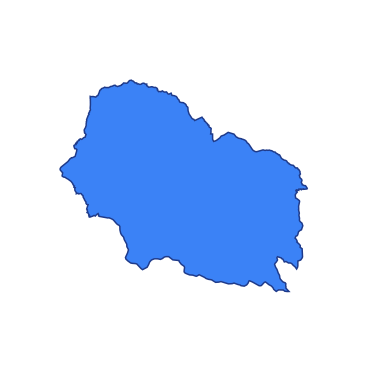 Lunca Ilvei, Bistrita-Nasaud, Romania (Mercator projection), rotated 149°
{"feature_id": "2599482B66912585754157", "entity_name": "Lunca Ilvei", "entity_type": "district", "adm_level": 2, "iso_a3": "ROU", "parent_name": "Romania", "parent_adm1": "Bistrita-Nasaud", "projection": "mercator", "projection_center": [25.011, 47.358], "detail": "fine", "context": "isolated", "style": "filled", "palette": "blue", "viewbox_px": 384, "rotation_deg": 149, "n_neighbors": 0, "source": "geoboundaries", "source_scale": "gbopen_adm2", "svg_char_len": 6042}
<svg xmlns="http://www.w3.org/2000/svg" viewBox="0 0 384 384"><g transform="rotate(149 192 192)"><path d="M292.2,223.0L289.3,222.4L288.0,222.4L287.3,221.2L285.4,221.8L283.6,221.9L283.8,220.4L284.0,220.4L284.4,219.7L284.0,218.8L277.5,213.1L276.4,212.6L274.9,210.6L273.8,208.7L273.0,203.9L272.6,202.5L271.6,200.9L271.6,199.6L273.3,196.6L274.3,193.6L274.5,191.8L273.9,188.5L274.6,186.0L274.8,180.9L276.0,178.6L276.1,176.0L276.3,175.1L278.6,173.0L282.8,170.1L283.2,168.5L282.4,165.7L281.1,162.7L279.9,161.6L277.4,159.8L276.4,158.8L275.1,152.6L274.4,150.9L269.2,150.6L266.5,152.2L264.4,153.8L261.8,154.6L259.0,154.2L258.1,153.8L255.7,152.3L253.8,150.5L251.6,150.2L249.2,150.5L247.6,150.0L245.3,148.6L243.4,143.7L238.5,140.0L238.8,138.9L238.4,135.5L237.3,133.1L237.0,132.2L237.1,131.7L237.4,130.9L238.9,129.1L239.9,127.6L239.7,126.2L239.0,125.1L236.8,122.2L234.2,120.4L231.8,117.6L230.8,117.4L228.5,117.4L225.2,112.3L224.5,110.6L222.9,108.7L220.5,106.7L218.3,102.4L215.5,101.0L213.3,100.3L208.1,94.5L204.7,92.7L202.9,92.3L200.4,89.2L198.5,87.3L198.3,86.5L195.7,84.4L193.0,84.2L190.9,85.0L189.0,86.4L188.4,86.3L186.6,83.8L182.8,77.2L181.9,76.5L180.7,76.1L176.5,77.3L175.4,77.1L174.3,74.4L174.1,73.5L172.3,70.4L171.9,67.9L172.1,66.5L171.0,63.4L168.2,63.5L164.2,60.9L163.6,59.2L161.6,57.6L160.1,56.8L161.0,61.1L160.7,61.9L160.3,62.2L160.2,62.8L159.6,64.0L158.8,65.0L158.9,66.2L160.1,67.7L160.5,68.6L161.1,71.7L161.0,72.9L159.9,75.5L159.8,78.3L159.1,81.5L159.0,82.9L159.1,84.2L158.5,87.4L157.7,88.0L155.7,88.6L153.8,89.6L153.5,90.1L153.3,91.5L152.9,92.1L152.0,92.5L149.4,89.4L149.3,88.3L148.7,87.6L148.7,87.1L148.9,84.5L147.2,84.0L145.9,81.5L144.2,80.5L143.4,79.2L143.0,77.0L142.2,74.8L142.0,72.1L140.3,73.1L139.3,74.2L136.8,78.3L133.9,77.7L131.8,78.6L130.7,79.4L126.8,86.7L127.8,88.9L126.8,90.2L126.8,91.2L127.1,92.6L127.9,95.2L127.2,95.6L127.0,97.6L127.4,99.4L125.7,100.6L124.3,100.4L123.4,100.9L121.1,103.1L119.0,103.4L117.7,103.2L114.4,106.0L113.8,108.7L114.5,110.7L114.6,111.9L114.4,112.6L113.3,114.2L112.3,117.1L110.9,118.6L109.8,122.0L109.5,122.1L107.9,125.0L104.7,128.4L104.4,129.3L105.7,132.7L106.3,133.5L105.1,136.1L104.8,136.5L103.2,137.3L102.1,137.6L102.4,138.4L101.6,138.6L102.1,139.6L102.1,139.9L101.2,140.0L99.6,138.4L99.0,139.4L97.1,138.4L97.3,137.9L97.0,137.5L96.1,137.6L94.9,137.3L94.9,136.8L91.9,135.4L91.3,135.8L91.4,138.5L91.6,139.1L92.8,140.0L93.0,140.6L93.8,141.4L93.4,142.4L93.5,143.0L93.3,144.1L91.9,145.1L91.6,145.9L91.5,146.6L92.0,148.0L92.0,149.4L91.2,150.8L91.3,151.1L89.8,151.6L89.5,152.9L88.9,153.9L88.9,156.2L89.3,156.7L89.2,157.8L89.5,158.6L90.0,158.7L90.9,159.5L91.4,162.6L93.0,164.0L94.3,166.1L94.1,166.5L94.9,168.0L94.9,169.8L95.4,170.8L96.7,172.0L97.0,172.9L97.5,173.3L98.0,175.2L97.8,178.5L98.1,179.1L98.7,179.3L98.9,180.4L99.9,181.9L100.1,183.3L101.4,184.4L102.4,186.4L103.0,186.7L104.1,188.1L105.5,188.6L106.3,189.4L108.0,190.0L109.4,191.5L115.8,193.2L117.1,194.2L118.2,196.3L118.4,197.8L118.6,203.2L118.8,204.5L119.4,205.8L119.3,207.5L119.9,209.2L121.4,211.2L121.9,211.4L122.2,212.2L124.6,214.3L124.9,215.3L125.7,216.2L126.2,220.0L130.3,224.5L135.1,224.3L138.1,224.9L139.1,224.6L140.0,224.1L143.7,223.7L145.4,223.7L147.4,224.2L147.2,226.5L144.5,231.1L146.1,232.2L144.8,233.6L144.2,234.8L142.9,236.5L143.0,237.4L143.7,238.4L143.8,239.3L143.3,240.0L143.2,240.6L143.4,241.1L143.9,241.3L143.9,241.7L143.6,241.9L143.7,243.0L144.1,243.9L144.3,245.8L144.8,246.1L144.4,248.0L144.9,250.0L144.9,251.0L152.9,251.9L153.0,253.4L153.4,253.7L154.1,254.9L154.3,260.5L153.5,263.7L152.0,266.6L152.0,267.2L152.5,268.3L152.2,269.7L152.3,270.7L153.4,273.0L155.4,274.5L156.2,275.5L155.8,277.9L156.3,279.4L156.1,280.7L156.3,282.0L157.7,283.8L159.4,285.1L159.0,287.5L161.3,287.7L162.0,288.4L162.3,290.9L164.3,291.9L165.4,294.0L166.7,293.9L167.4,294.2L167.6,294.7L168.9,295.2L169.2,297.4L168.6,297.6L168.5,298.8L169.3,300.4L170.6,301.1L172.1,302.9L175.2,304.1L175.4,304.5L175.5,305.6L176.1,306.5L175.2,307.8L176.4,308.5L177.0,309.8L177.6,310.3L178.7,310.7L180.1,310.6L180.9,310.9L181.5,311.2L182.1,312.2L183.3,312.8L183.4,313.2L183.2,313.9L184.7,315.0L185.2,317.2L186.1,318.2L186.3,319.0L187.2,319.4L188.1,319.7L189.5,319.4L190.7,318.8L191.9,318.8L194.5,320.7L196.4,320.1L197.1,320.3L197.7,319.9L201.6,320.8L202.2,321.7L202.6,322.0L202.8,323.0L203.9,323.6L206.3,323.8L207.0,324.3L209.6,324.4L212.1,325.9L212.8,326.8L214.3,326.8L216.2,327.2L216.7,327.1L217.1,326.7L218.2,326.7L219.0,326.3L220.3,325.1L223.0,323.2L224.4,323.3L225.6,322.9L227.6,324.8L229.2,325.6L230.0,326.4L231.1,324.6L231.1,324.0L231.8,323.3L231.9,322.9L234.2,319.0L236.1,316.3L236.7,314.8L237.2,314.3L238.2,314.1L238.6,313.3L240.1,312.7L240.3,311.6L241.4,311.2L245.1,308.3L245.6,307.2L246.5,306.6L246.8,305.8L247.6,305.0L248.3,303.7L250.1,302.1L252.1,301.0L252.7,300.3L253.0,299.1L253.3,299.0L253.5,298.3L253.4,297.7L253.6,297.6L253.3,296.8L253.3,295.7L254.1,295.3L255.0,294.2L255.5,294.0L256.0,294.3L257.2,294.3L259.0,293.9L259.7,294.1L259.8,294.5L260.4,295.1L261.3,295.0L261.9,294.5L262.1,294.9L263.0,294.4L264.4,294.5L264.6,294.2L264.6,293.9L265.2,293.8L265.2,293.5L265.6,293.6L265.7,293.2L266.5,293.3L266.7,292.9L266.9,293.4L267.6,292.7L269.2,292.7L269.3,292.2L269.7,291.9L270.1,290.2L270.1,289.3L269.3,288.9L268.8,287.8L270.1,286.2L273.9,282.7L277.0,283.0L277.7,283.5L278.1,283.3L279.4,283.3L282.7,282.0L291.2,280.8L292.1,280.5L293.2,279.7L293.6,278.7L293.0,275.0L295.0,272.8L295.1,272.3L294.4,271.0L293.1,269.8L292.6,268.4L291.8,267.2L290.2,263.4L289.9,260.6L290.2,259.6L290.0,259.2L290.1,258.1L289.8,257.7L290.6,257.2L290.8,256.8L289.9,255.8L290.7,255.3L291.5,253.8L291.6,252.0L291.3,251.1L292.1,250.1L290.4,249.6L290.1,248.7L288.2,248.1L287.8,247.7L287.8,246.3L287.3,245.2L288.0,243.3L287.9,241.6L288.2,240.8L288.1,240.3L288.2,239.5L288.0,238.0L288.6,237.2L288.7,236.5L288.6,235.6L287.6,234.7L290.8,231.9L291.1,231.6L290.8,230.8L291.3,230.4L291.4,229.2L292.5,228.5L291.9,228.0L292.1,227.7L291.9,227.1L292.1,226.0L291.9,225.3L292.6,224.9L292.4,224.3L293.0,223.8L292.7,223.3L292.1,223.5L292.2,223.0Z" fill="#3b82f6" stroke="#1e3a8a" stroke-width="1.5"/></g></svg>